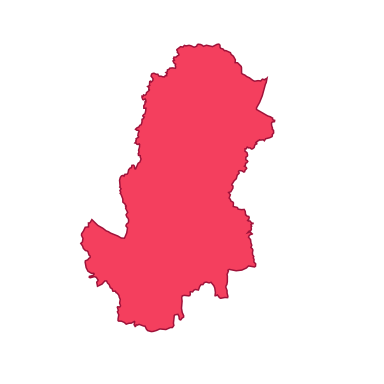 the district of Iakora, Ihorombe, Madagascar, rotated 202°
{"feature_id": "10022922B30377745880071", "entity_name": "Iakora", "entity_type": "district", "adm_level": 2, "iso_a3": "MDG", "parent_name": "Madagascar", "parent_adm1": "Ihorombe", "projection": "orthographic", "projection_center": [46.657, -23.157], "detail": "fine", "context": "isolated", "style": "filled", "palette": "rose", "viewbox_px": 384, "rotation_deg": 202, "n_neighbors": 0, "source": "geoboundaries", "source_scale": "gbopen_adm2", "svg_char_len": 6068}
<svg xmlns="http://www.w3.org/2000/svg" viewBox="0 0 384 384"><g transform="rotate(202 192 192)"><path d="M111.9,144.6L106.0,145.9L105.3,146.9L106.0,149.2L108.4,150.3L109.2,152.7L110.5,153.9L110.6,155.4L112.2,156.4L113.2,158.3L113.8,161.0L114.9,162.0L116.6,162.6L116.6,165.0L118.3,166.9L119.9,169.8L122.7,171.3L122.7,172.7L121.6,175.1L120.7,175.1L120.4,175.7L123.2,176.7L125.1,175.1L124.5,177.0L123.0,178.2L123.0,179.8L124.2,181.8L123.8,182.6L125.1,183.7L124.7,184.8L123.6,185.5L123.7,185.9L125.1,185.6L127.5,186.9L128.9,186.2L129.8,186.5L129.1,188.1L129.5,189.9L130.2,190.6L131.9,190.2L133.1,190.9L133.7,190.8L135.4,194.0L137.1,195.4L139.4,194.2L142.8,193.4L143.9,194.5L144.6,194.6L148.3,194.0L149.5,197.4L150.1,197.9L152.7,198.3L153.7,199.6L155.3,200.3L155.4,203.8L157.9,205.3L156.1,206.7L155.5,210.8L156.2,212.9L157.4,213.2L157.9,214.0L157.1,218.3L155.9,220.9L156.4,224.7L155.3,226.9L155.6,227.6L156.5,228.1L156.6,228.8L155.8,229.7L153.8,230.3L151.4,229.9L150.8,230.5L151.0,231.9L150.1,234.3L150.8,235.1L153.1,235.6L152.5,236.7L153.1,238.7L152.2,239.5L151.7,241.2L152.5,241.8L154.2,242.1L155.1,244.4L154.1,246.0L154.3,247.1L155.8,249.1L158.2,249.7L159.0,252.0L157.8,252.5L157.8,254.1L157.4,254.4L156.0,254.1L154.7,254.7L153.0,254.1L152.0,254.7L151.0,256.6L151.3,258.3L151.1,260.0L150.0,260.7L150.2,261.5L151.3,261.7L150.9,263.0L150.1,263.5L150.0,264.5L149.2,264.9L149.0,265.7L147.9,265.8L145.5,267.1L144.1,266.6L143.7,268.9L140.2,271.5L138.6,273.3L138.5,274.0L139.1,275.3L138.4,277.3L139.5,279.7L141.2,280.4L141.3,281.4L142.9,283.2L143.9,285.1L144.1,286.2L143.7,287.0L141.9,288.1L142.2,289.4L143.7,289.2L144.7,289.8L144.9,290.7L147.5,291.1L150.3,290.9L163.1,292.7L163.7,294.2L162.9,300.4L162.9,307.5L164.3,319.3L164.2,321.3L165.1,325.7L165.5,324.8L166.3,324.3L166.6,323.3L169.0,323.0L169.9,320.7L172.5,320.0L175.4,318.2L177.5,318.3L181.5,319.4L184.4,319.5L186.8,320.2L189.6,320.3L190.5,320.7L192.7,325.9L193.5,326.9L198.2,328.9L200.5,328.1L201.3,330.8L204.5,333.4L207.2,334.2L208.6,335.6L213.5,335.8L214.9,335.2L216.8,336.2L219.3,336.0L220.2,336.7L221.1,338.6L222.5,339.2L224.1,338.3L227.4,334.5L233.6,333.5L236.0,331.3L237.0,331.8L239.2,332.0L241.5,331.4L242.2,330.8L242.4,328.8L244.3,327.0L247.7,327.2L249.7,326.9L252.3,325.2L254.0,325.1L254.7,323.0L257.0,322.5L259.4,318.4L259.2,317.8L258.3,317.3L257.8,315.8L256.5,315.5L255.6,314.5L255.5,313.9L256.5,312.9L257.2,311.2L259.3,310.2L259.0,309.4L259.2,308.7L257.7,307.6L258.7,306.7L258.6,306.2L256.4,304.5L255.1,304.4L254.8,302.7L254.0,302.0L253.7,300.5L256.7,299.7L259.0,298.5L259.2,297.3L260.5,296.0L259.9,294.2L261.0,293.0L259.4,292.4L259.7,291.4L259.1,290.4L260.4,289.8L260.6,288.5L262.1,287.9L264.2,287.8L265.4,287.1L266.5,287.3L267.8,288.4L269.5,287.7L271.5,287.9L272.5,287.5L273.6,286.3L273.4,284.1L270.6,282.5L270.1,280.6L271.1,278.6L272.1,279.2L272.6,278.6L271.7,275.7L271.1,275.0L272.7,273.2L271.0,272.6L270.5,270.9L269.8,270.8L269.7,270.4L271.4,267.1L271.1,265.4L271.6,264.4L272.2,263.9L273.3,263.9L273.3,262.4L274.3,262.2L273.9,261.1L272.3,259.3L271.5,259.3L270.4,260.8L269.2,259.9L268.6,258.5L269.3,258.5L269.4,258.1L268.6,256.1L269.0,253.9L268.0,251.6L266.1,252.4L265.3,249.7L264.9,246.9L265.8,245.7L266.2,244.2L265.6,243.6L264.4,243.6L264.6,241.7L265.6,240.7L264.6,238.2L264.3,235.4L265.4,234.2L265.6,232.5L267.2,230.7L267.9,229.0L266.3,228.6L264.6,229.0L263.8,228.5L263.9,226.4L263.3,223.9L262.4,223.5L262.1,222.8L263.8,220.4L263.2,219.6L263.3,218.6L262.8,217.7L263.3,216.1L262.0,216.3L260.9,215.6L259.8,215.9L259.0,216.8L258.4,216.5L257.5,214.0L257.2,210.7L256.1,209.2L256.2,207.2L255.7,207.1L255.3,205.9L253.6,206.3L252.9,204.8L251.6,203.5L251.5,200.3L252.7,198.4L252.9,192.3L253.7,192.1L255.2,194.5L256.2,195.0L257.7,194.2L257.3,191.8L258.4,191.0L259.1,188.8L258.5,185.7L258.8,184.2L260.8,183.3L261.0,181.2L262.1,181.6L263.4,180.5L263.9,178.7L263.6,175.8L260.7,170.2L260.9,169.5L259.0,168.4L259.4,166.3L258.0,165.2L258.1,163.8L257.0,163.3L253.6,159.7L252.3,156.7L249.6,155.8L249.2,155.1L248.1,154.7L247.8,154.2L248.1,153.7L247.5,153.3L247.5,152.1L244.0,149.0L244.6,146.1L243.0,144.4L241.5,143.7L240.4,142.5L239.6,140.3L239.7,139.3L240.5,138.0L240.7,136.5L240.5,135.7L238.4,134.6L238.1,133.5L237.2,129.6L237.3,123.9L240.0,122.9L241.1,122.9L244.2,123.4L252.1,123.4L254.7,123.9L256.9,123.8L261.1,125.0L266.7,125.7L274.5,128.9L275.0,125.6L275.6,124.7L276.4,124.5L274.9,120.9L277.8,119.3L278.0,115.3L278.7,112.0L278.3,110.5L275.7,108.1L274.9,104.6L275.9,102.7L273.3,101.0L271.6,99.0L268.9,97.8L267.2,98.1L266.2,97.8L263.8,94.9L262.8,94.7L262.0,93.7L261.9,93.1L262.8,91.8L263.3,90.0L265.1,88.3L264.8,86.9L261.8,82.2L258.8,79.6L254.7,78.9L252.6,79.8L252.0,79.2L252.6,77.4L255.5,75.4L255.4,74.5L254.3,74.3L250.7,77.0L248.7,77.0L246.1,75.2L245.9,74.6L246.5,73.1L246.4,72.4L244.3,69.2L240.9,72.9L239.5,76.9L237.8,77.5L236.3,76.0L234.1,75.1L231.9,72.7L229.8,72.3L228.3,70.4L225.8,71.3L224.8,70.3L223.3,70.1L221.1,68.8L220.0,67.2L218.3,65.6L217.5,61.9L215.8,60.0L215.6,59.2L216.0,58.2L217.9,57.8L218.1,57.2L215.9,54.6L216.3,53.0L213.9,50.7L213.1,46.9L212.4,45.1L211.8,44.8L209.0,45.8L206.0,45.7L203.5,44.8L201.4,46.6L199.1,47.7L197.0,50.4L196.5,50.2L196.0,47.3L194.3,46.0L193.9,46.4L194.0,47.9L192.6,48.2L191.9,49.1L191.1,49.5L186.6,49.6L185.3,50.0L182.8,47.7L181.2,46.9L177.5,47.3L175.9,48.1L173.1,50.3L170.5,53.0L164.7,54.7L161.4,58.1L159.4,59.0L158.8,61.4L160.1,63.5L162.2,70.9L161.8,71.7L159.3,73.3L157.4,71.7L156.3,69.5L155.0,69.0L154.5,69.3L154.0,71.2L152.9,72.9L153.4,74.2L155.9,76.6L158.2,80.3L160.3,87.1L162.0,90.2L162.1,92.1L160.4,93.3L156.1,94.5L155.2,95.2L155.3,96.6L156.3,98.4L156.2,98.9L154.0,99.6L153.6,101.4L152.5,102.8L149.3,103.5L149.5,107.2L148.9,109.6L147.2,110.2L146.6,112.7L145.1,113.8L142.1,114.1L140.5,115.4L136.7,113.3L134.9,111.5L132.7,107.7L131.8,104.5L131.1,104.7L129.9,106.1L126.9,104.3L125.6,104.2L122.0,106.5L119.4,107.4L119.6,108.7L121.6,111.4L122.6,113.8L125.1,116.5L125.3,118.3L125.0,119.1L125.6,122.0L127.7,127.3L128.6,128.6L128.6,132.3L129.4,132.9L128.5,134.2L121.6,135.5L116.5,138.3L113.1,141.9L111.9,144.6Z" fill="#f43f5e" stroke="#9f1239" stroke-width="1.5"/></g></svg>